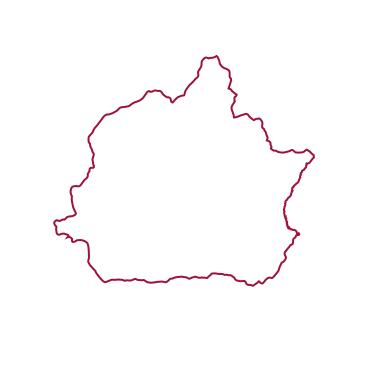 Ciudad Bolívar, Antioquia, Colombia, rotated 36°
{"feature_id": "7082276B35389673608197", "entity_name": "Ciudad Bolívar", "entity_type": "district", "adm_level": 2, "iso_a3": "COL", "parent_name": "Colombia", "parent_adm1": "Antioquia", "projection": "robinson", "projection_center": [-75.992, 5.842], "detail": "fine", "context": "isolated", "style": "outline", "palette": "rose", "viewbox_px": 384, "rotation_deg": 36, "n_neighbors": 0, "source": "geoboundaries", "source_scale": "gbopen_adm2", "svg_char_len": 5985}
<svg xmlns="http://www.w3.org/2000/svg" viewBox="0 0 384 384"><g transform="rotate(36 192 192)"><path d="M252.8,253.7L254.6,252.9L254.9,252.4L255.2,250.3L255.7,248.5L255.9,246.6L256.5,245.8L258.8,244.1L261.4,242.8L265.1,240.3L267.1,239.9L268.9,238.4L270.5,237.9L272.0,236.7L273.4,236.4L276.5,236.5L278.5,237.3L279.3,237.4L280.1,237.3L283.4,235.9L286.6,233.2L287.6,233.1L288.6,233.4L289.7,234.2L290.8,234.4L291.8,234.2L294.7,232.5L296.1,232.2L296.4,232.0L296.7,231.5L297.0,230.3L298.1,227.5L298.6,225.0L299.0,224.8L300.4,225.3L301.5,225.2L302.5,224.8L302.9,224.2L303.1,223.3L303.2,220.3L303.4,219.0L304.1,216.6L305.4,215.4L307.2,214.6L307.5,214.2L307.7,213.4L308.0,211.4L308.3,205.2L306.9,200.8L306.1,196.5L307.0,194.9L307.2,192.3L307.0,190.9L306.7,190.0L306.2,189.5L303.3,187.8L302.6,186.2L302.5,185.4L302.5,185.1L302.8,184.6L302.6,183.3L302.9,179.0L302.8,177.1L303.9,175.3L303.9,174.7L303.8,174.2L301.8,171.0L301.7,169.8L302.3,167.9L301.8,166.0L302.1,165.4L303.5,164.1L303.7,163.3L303.2,163.1L303.0,162.7L302.6,162.6L301.4,163.7L300.9,163.5L299.5,162.4L297.8,162.4L296.8,162.6L295.7,163.6L294.3,163.6L293.5,164.3L292.8,163.9L292.4,163.9L291.8,164.5L291.0,163.4L290.6,163.6L290.9,164.1L290.7,164.4L289.7,163.4L289.0,163.5L288.5,162.6L287.8,162.4L287.1,161.6L287.0,161.4L287.1,161.0L286.7,160.5L286.3,160.8L285.4,159.7L284.5,159.3L284.0,158.2L283.5,158.4L282.9,158.2L282.9,157.7L282.4,157.6L282.1,156.8L281.6,157.2L281.0,156.8L280.5,156.1L279.0,155.0L278.4,154.1L278.4,153.5L277.0,152.7L275.6,149.6L275.0,147.3L274.0,146.5L273.8,145.4L273.4,145.1L273.1,144.5L273.1,143.3L273.5,142.4L273.2,140.6L273.9,138.2L273.8,137.0L273.9,136.1L273.2,135.2L272.7,133.1L272.2,132.7L272.3,132.3L272.7,132.3L272.7,131.9L271.3,130.8L271.0,130.4L270.7,129.4L270.7,129.1L271.2,128.6L271.2,128.0L270.9,127.4L270.9,126.8L271.4,124.9L271.5,123.7L272.0,122.8L272.1,121.1L271.1,117.8L271.1,116.6L270.2,115.8L270.1,114.9L269.7,114.5L269.8,113.8L269.0,113.1L269.0,111.9L269.2,111.4L268.6,109.8L269.5,108.5L269.6,107.8L269.3,107.0L269.8,105.1L269.6,104.5L269.0,103.9L268.9,102.9L268.0,102.1L267.9,101.7L268.0,101.4L268.8,101.2L269.9,99.3L270.0,94.1L270.3,92.5L268.7,90.6L266.6,90.6L263.9,90.1L260.0,90.3L259.7,90.6L258.9,93.6L257.9,95.1L255.6,97.1L253.9,98.3L252.4,99.1L251.6,99.1L249.2,98.9L248.4,99.1L247.5,100.0L247.0,101.3L246.3,102.4L242.8,106.4L240.5,107.9L238.0,109.0L235.5,109.3L234.0,110.4L232.3,110.6L230.3,110.5L229.8,108.8L229.4,108.5L227.6,107.5L226.5,106.0L225.8,105.8L224.3,105.7L222.2,106.3L221.4,103.7L218.4,101.8L216.6,100.3L214.5,99.6L213.6,98.8L211.7,98.7L210.8,98.4L209.5,96.7L208.6,95.0L207.4,93.9L205.6,93.2L203.6,92.9L203.2,93.0L201.9,94.3L201.2,94.8L200.5,95.7L200.1,97.2L199.3,97.6L194.5,97.4L191.9,96.6L191.0,96.6L189.7,97.1L186.7,101.0L184.2,104.9L182.8,106.5L182.0,107.0L180.8,105.5L175.5,101.8L174.4,100.5L173.9,99.4L173.6,97.4L173.4,93.6L172.7,93.3L171.7,91.7L170.9,90.8L170.8,90.3L171.3,88.2L171.2,87.6L170.7,86.9L169.2,87.1L166.5,86.9L164.6,86.7L163.7,86.3L162.4,86.2L161.6,86.4L161.2,86.7L160.6,86.7L160.0,84.2L158.0,78.6L156.9,77.4L155.5,77.1L154.8,76.7L152.2,73.2L150.7,72.0L148.6,72.0L144.7,72.9L143.5,73.0L141.9,72.8L139.6,72.1L138.9,71.7L137.0,69.9L133.4,67.7L131.9,67.6L131.4,68.9L130.0,71.1L128.1,72.6L126.9,74.2L126.0,74.3L124.8,74.7L123.9,75.4L123.5,76.0L123.1,78.0L123.1,80.0L123.3,80.9L124.5,83.0L125.1,83.6L125.5,84.7L125.9,86.6L126.1,90.2L126.4,91.5L128.4,93.6L128.9,94.6L129.0,95.6L128.8,96.9L128.2,99.0L128.2,100.4L127.8,103.8L127.1,107.2L127.1,113.4L127.9,116.0L128.7,117.7L128.8,118.4L126.8,120.5L124.8,123.7L124.0,127.6L123.9,130.1L123.8,130.8L123.2,131.2L122.4,131.2L121.5,130.7L120.2,129.4L119.3,129.0L118.5,128.9L117.4,129.1L116.7,129.7L115.8,130.1L114.2,130.2L111.3,130.1L108.7,129.1L106.9,129.0L106.3,129.3L105.0,130.3L102.7,131.3L102.1,131.8L101.0,133.8L100.0,135.0L99.4,135.4L98.6,135.4L97.8,135.7L97.2,136.9L97.0,137.9L97.1,145.0L95.9,148.7L95.1,150.1L92.7,153.5L91.8,155.4L90.6,159.3L89.8,160.5L88.9,161.1L88.4,162.0L85.1,164.9L84.4,166.0L84.0,167.2L83.5,170.3L81.7,174.4L79.4,177.9L77.9,179.1L77.3,179.8L76.5,181.7L76.3,182.6L76.1,193.6L75.7,197.6L75.8,199.0L76.4,201.7L76.5,202.7L76.0,207.9L77.0,209.8L79.0,212.3L81.2,213.0L82.8,214.8L85.9,216.4L88.5,218.3L90.0,218.8L90.4,219.2L90.8,219.9L91.5,222.2L92.5,224.4L94.7,226.3L95.3,227.2L96.0,227.8L96.9,228.2L98.0,229.4L97.8,230.5L96.1,231.8L95.7,232.4L95.6,233.4L96.9,235.7L96.9,237.8L97.3,239.0L98.4,240.5L98.6,241.2L98.6,243.1L97.9,245.5L97.9,252.0L97.3,253.7L97.0,254.0L95.7,254.9L95.0,255.0L92.6,257.3L92.1,258.4L92.1,259.7L92.5,261.0L93.1,262.4L94.3,264.0L95.8,265.2L97.1,265.8L99.3,269.0L100.9,270.6L104.5,273.9L106.6,275.3L110.2,277.2L110.8,277.8L110.9,278.3L110.9,278.9L109.9,281.1L109.3,281.9L106.5,284.5L105.9,285.6L105.5,286.4L105.4,288.1L105.0,289.3L103.4,290.4L102.2,293.1L101.8,293.3L99.3,294.3L98.9,294.6L98.4,296.4L98.4,297.3L98.6,297.8L98.9,298.3L100.9,299.5L102.0,299.5L103.0,300.1L103.5,301.3L104.5,302.6L106.7,304.8L107.3,305.1L109.0,305.1L109.6,304.7L111.7,301.8L113.4,300.7L114.5,300.5L116.6,299.6L117.6,299.8L117.9,300.8L117.9,301.8L118.3,301.1L119.2,300.4L120.2,300.2L121.6,300.2L122.5,300.4L123.6,302.0L124.1,302.4L124.9,302.5L125.3,302.2L126.5,300.7L127.4,298.5L130.3,296.2L132.3,295.3L134.2,294.8L136.1,294.7L137.6,294.9L140.2,297.0L143.2,300.4L146.7,305.0L147.5,306.2L148.2,308.0L149.2,309.6L151.9,310.9L153.5,311.4L160.2,312.7L162.5,314.0L166.3,315.1L169.8,316.0L172.5,316.4L173.9,316.3L174.5,316.1L175.4,315.3L178.3,310.6L179.8,309.2L180.9,308.7L184.0,306.0L187.3,304.0L189.9,303.3L190.7,302.1L194.0,300.0L195.3,298.6L196.4,296.5L197.4,295.5L199.3,295.2L200.7,294.5L203.3,292.9L204.7,291.5L208.6,291.3L209.7,290.9L213.0,288.9L214.0,287.8L215.4,286.6L215.9,285.9L219.8,282.5L221.0,281.7L222.8,281.0L224.2,280.0L225.0,277.5L225.2,275.5L225.5,274.9L226.9,273.7L228.3,271.4L230.4,269.2L233.2,266.7L237.6,264.4L240.5,263.9L241.0,263.6L242.3,261.3L244.5,258.5L247.8,257.4L249.2,256.5L250.2,255.3L251.9,254.4L252.8,253.7Z" fill="none" stroke="#9f1239" stroke-width="2"/></g></svg>